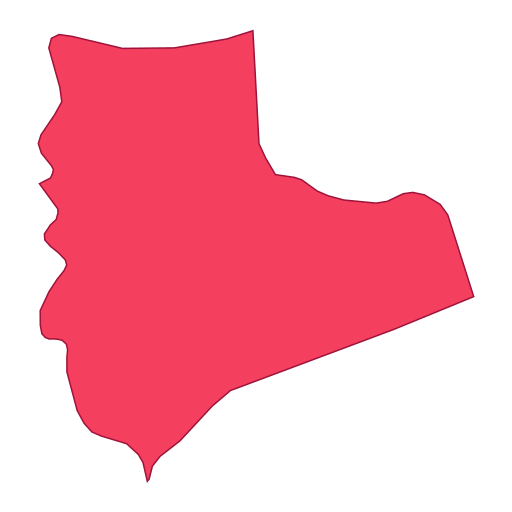 outline of Bạc Liêu
{"feature_id": "VNM-506", "entity_name": "Bạc Liêu", "entity_type": "Province", "adm_level": 1, "iso_a3": "VNM", "parent_name": "Vietnam", "parent_adm1": "", "projection": "orthographic", "projection_center": [105.432, 9.309], "detail": "fine", "context": "isolated", "style": "filled", "palette": "rose", "viewbox_px": 512, "rotation_deg": 0, "n_neighbors": 0, "source": "natural_earth", "source_scale": "10m", "svg_char_len": 992}
<svg xmlns="http://www.w3.org/2000/svg" viewBox="0 0 512 512"><path d="M473.7,296.6L393.8,329.4L230.5,390.5L212.3,406.0L179.9,440.9L160.2,456.2L152.4,466.1L149.1,479.2L147.3,481.3L143.0,462.5L138.3,454.4L126.6,443.7L101.4,436.1L91.9,432.0L84.1,423.3L77.2,410.6L66.9,371.8L66.9,357.3L67.6,350.1L66.5,344.4L62.3,340.4L58.2,339.3L53.6,338.9L49.1,339.0L45.3,337.5L41.9,333.8L40.3,325.4L40.2,310.6L49.0,291.7L57.1,279.3L64.0,270.7L66.7,265.0L65.3,259.9L58.4,252.7L50.4,246.3L44.8,239.9L44.4,234.0L50.3,225.0L56.2,219.5L58.0,212.9L57.8,208.9L39.4,183.7L50.5,178.0L52.6,173.3L53.4,169.4L51.3,165.6L41.4,153.2L38.3,143.6L41.0,134.8L54.7,114.6L61.8,101.7L59.8,87.1L48.8,47.9L51.4,38.3L59.1,34.5L72.2,36.4L122.4,48.4L174.2,47.9L226.7,39.0L252.9,30.7L259.0,143.8L265.6,158.0L275.4,174.6L294.5,177.4L301.7,179.8L317.3,191.1L328.5,195.9L343.8,200.0L376.0,203.1L387.1,201.4L403.2,193.7L412.8,192.4L424.5,194.9L440.2,204.4L447.8,215.0L473.7,296.6Z" fill="#f43f5e" stroke="#9f1239" stroke-width="1.5"/></svg>